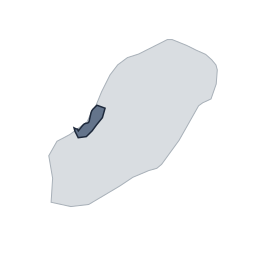 location of Al Daayen within Qatar, rotated 221°
{"feature_id": "QAT-5487", "entity_name": "Al Daayen", "entity_type": "Municipality", "adm_level": 1, "iso_a3": "QAT", "parent_name": "Qatar", "parent_adm1": "", "projection": "robinson", "projection_center": [51.482, 25.509], "detail": "fine", "context": "in_parent", "style": "filled", "palette": "slate", "viewbox_px": 256, "rotation_deg": 221, "n_neighbors": 0, "source": "natural_earth", "source_scale": "10m", "svg_char_len": 900}
<svg xmlns="http://www.w3.org/2000/svg" viewBox="0 0 256 256"><g transform="rotate(221 128 128)"><path d="M137.9,228.8L127.5,231.5L117.7,234.5L109.6,234.4L103.0,233.3L98.7,230.4L90.3,219.1L84.4,204.4L88.1,196.2L89.3,191.1L81.4,152.3L78.8,122.6L79.8,116.5L84.4,109.5L92.0,94.0L96.1,79.0L107.5,44.5L119.6,31.2L137.3,21.5L151.9,40.6L169.6,55.1L172.9,71.4L167.7,84.7L162.9,105.8L165.8,115.5L166.9,123.9L171.7,138.0L176.4,156.3L177.2,169.0L174.6,180.8L168.5,190.8L156.3,220.6L152.7,223.7L137.9,228.8Z" fill="#d9dde1" stroke="#a8b0b8" stroke-width="1"/><path d="M168.8,92.7L166.8,93.2L165.2,94.1L164.4,93.5L163.6,93.2L163.9,100.3L163.7,102.3L163.6,102.5L163.0,103.7L162.0,104.9L161.4,106.2L161.7,107.5L165.9,115.2L166.6,117.1L166.8,119.0L166.4,124.8L158.3,127.9L154.1,119.0L153.8,109.6L153.2,102.3L153.8,94.2L159.2,88.0L165.8,90.7L168.8,92.7Z" fill="#64748b" stroke="#1e293b" stroke-width="1.5"/></g></svg>